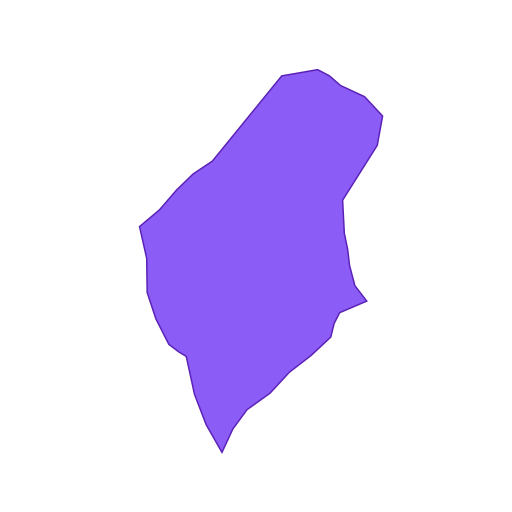 the border of Kaliro, rotated 200°
{"feature_id": "UGA-3071", "entity_name": "Kaliro", "entity_type": "County", "adm_level": 1, "iso_a3": "UGA", "parent_name": "Uganda", "parent_adm1": "", "projection": "robinson", "projection_center": [33.471, 1.074], "detail": "fine", "context": "isolated", "style": "filled", "palette": "violet", "viewbox_px": 512, "rotation_deg": 200, "n_neighbors": 0, "source": "natural_earth", "source_scale": "10m", "svg_char_len": 600}
<svg xmlns="http://www.w3.org/2000/svg" viewBox="0 0 512 512"><g transform="rotate(200 256 256)"><path d="M293.4,434.1L261.8,452.2L248.7,450.4L234.8,445.1L208.4,442.8L184.9,430.8L179.9,401.5L193.7,338.1L180.8,307.6L172.2,293.7L164.8,279.0L152.9,261.9L136.5,251.5L158.0,231.4L159.5,219.2L158.0,205.4L170.2,181.4L184.9,158.2L195.9,131.9L211.9,108.5L218.6,85.5L220.8,59.8L245.2,80.5L266.5,105.0L287.2,137.8L295.9,139.5L307.6,143.1L328.6,162.7L345.8,184.5L357.9,216.4L375.5,243.8L362.5,266.4L353.2,290.9L343.1,311.7L329.4,330.4L293.4,434.1Z" fill="#8b5cf6" stroke="#5b21b6" stroke-width="1.5"/></g></svg>